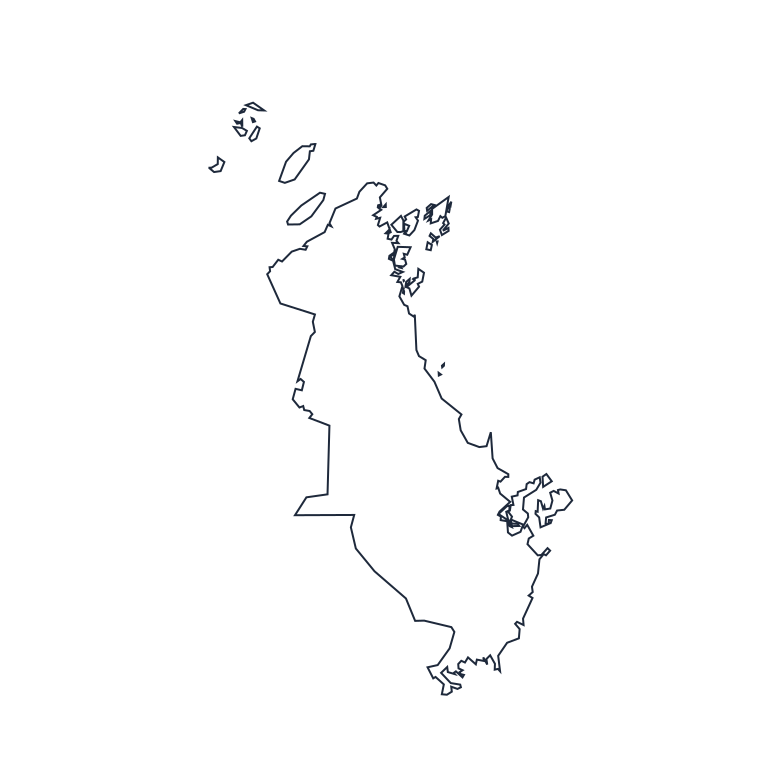 the district of Northern Samar, Northern Samar, Philippines, rotated 67°
{"feature_id": "2640588B89959078713723", "entity_name": "Northern Samar", "entity_type": "district", "adm_level": 2, "iso_a3": "PHL", "parent_name": "Philippines", "parent_adm1": "Northern Samar", "projection": "albers", "projection_center": [124.669, 12.418], "detail": "fine", "context": "isolated", "style": "outline", "palette": "slate", "viewbox_px": 768, "rotation_deg": 67, "n_neighbors": 0, "source": "geoboundaries", "source_scale": "gbopen_adm2", "svg_char_len": 6176}
<svg xmlns="http://www.w3.org/2000/svg" viewBox="0 0 768 768"><g transform="rotate(67 384 384)"><path d="M683.9,446.3L692.2,452.0L694.6,447.5L693.7,441.8L688.9,440.4L693.4,435.5L693.2,431.7L690.5,431.3L685.4,439.4L672.2,444.3L669.2,436.4L674.1,437.8L678.8,432.1L677.2,432.6L676.6,430.1L684.7,426.4L683.0,424.1L681.0,426.8L678.8,427.0L678.2,423.5L674.9,426.5L670.8,425.1L669.0,421.0L672.0,418.3L668.5,413.5L677.9,409.0L674.0,406.2L678.0,400.2L674.4,399.4L682.6,398.6L677.2,397.2L675.2,392.3L684.9,391.2L690.2,393.7L690.8,390.4L693.8,389.4L678.8,385.1L670.3,371.8L670.8,359.2L662.6,354.9L656.0,357.0L654.9,354.5L660.4,349.7L654.3,347.7L639.0,330.9L635.3,333.5L633.6,328.4L628.4,327.0L618.6,316.3L606.1,309.4L603.4,304.3L601.8,309.4L587.5,314.5L582.8,311.1L582.0,305.8L569.6,307.2L571.6,311.0L568.9,311.9L573.4,316.1L573.6,325.4L569.1,327.9L560.1,324.8L564.0,323.8L565.5,322.4L564.0,322.5L558.3,324.5L554.9,329.8L551.7,328.2L549.0,330.3L546.6,327.5L541.8,313.9L530.2,319.9L524.1,319.4L524.3,320.6L524.2,321.2L517.7,316.7L519.4,314.9L516.7,308.9L518.1,305.9L515.6,304.8L505.8,312.3L494.9,313.1L470.1,304.5L481.3,313.9L479.3,320.9L470.9,329.9L456.6,331.5L445.5,328.8L442.3,324.6L419.9,336.6L401.6,336.7L385.6,340.7L378.4,336.3L372.0,340.9L365.4,340.9L332.3,328.6L333.7,330.2L328.9,333.4L321.6,332.0L319.0,334.5L309.3,335.6L301.1,328.8L297.0,328.7L295.3,331.8L291.7,327.1L286.7,334.8L284.7,330.6L288.3,327.9L288.2,322.9L282.7,328.8L274.1,327.5L270.7,330.6L268.1,328.9L266.9,323.3L264.2,321.4L257.2,321.4L260.0,315.7L257.1,316.6L253.2,313.0L251.6,316.9L254.0,320.7L251.7,323.9L247.4,321.1L245.9,323.6L244.0,318.9L247.0,320.8L246.9,318.5L236.5,317.9L237.3,326.6L235.3,327.5L229.5,322.6L228.8,326.7L227.4,325.3L224.4,328.0L222.6,318.5L219.0,320.7L217.2,319.6L217.4,317.7L219.8,318.8L218.8,316.6L210.6,314.9L205.6,304.7L201.6,305.3L196.8,310.6L198.3,313.5L194.5,314.9L192.7,321.1L197.4,331.5L202.7,336.5L203.5,360.1L214.7,371.4L218.3,370.9L215.5,373.5L221.0,379.3L222.9,399.4L225.5,404.2L227.3,400.8L229.8,403.7L226.7,408.6L226.1,417.2L231.4,430.0L228.3,432.8L232.8,440.8L231.8,443.7L235.7,444.8L237.3,448.6L269.4,447.9L293.0,420.4L298.9,425.2L309.1,427.3L311.3,432.6L347.7,462.6L346.8,458.8L350.8,456.9L357.7,462.1L353.9,467.3L362.4,474.0L372.6,471.0L372.7,467.0L376.8,467.6L379.8,463.0L383.8,461.8L386.1,466.0L401.0,450.5L463.5,479.1L458.0,499.7L470.0,517.2L492.9,462.6L503.0,470.5L524.4,474.2L552.7,465.9L590.0,447.6L614.2,447.9L617.5,439.5L634.1,417.0L639.7,416.1L653.0,426.9L663.7,444.4L661.8,454.6L674.2,453.7L673.8,451.0L683.9,446.3ZM141.7,357.9L136.3,353.4L136.1,353.8L134.9,357.7L136.2,359.5L133.2,366.3L136.0,377.0L141.1,387.3L156.1,401.2L160.1,396.7L160.8,386.3L147.9,365.3L140.8,361.3L141.7,357.9ZM564.7,256.3L552.9,258.1L549.9,263.0L549.6,265.3L553.0,266.1L548.7,269.6L549.0,273.5L557.1,274.5L563.6,279.6L562.3,284.8L558.9,284.0L561.0,286.3L553.2,285.4L551.2,287.5L561.6,292.5L560.3,294.0L562.7,295.3L567.4,293.3L577.1,295.9L577.1,287.9L575.4,289.7L570.2,286.9L571.1,277.8L568.1,274.1L570.2,267.2L564.7,256.3ZM537.6,310.4L545.9,312.1L545.0,314.7L549.7,317.6L549.8,319.7L556.1,318.0L558.3,320.2L568.4,310.2L563.0,303.3L559.4,302.2L553.8,305.1L543.2,299.5L540.9,285.2L536.0,278.5L530.7,277.1L530.9,282.7L533.9,285.1L531.2,288.4L531.9,291.8L536.2,294.3L535.7,303.0L538.7,304.6L537.6,310.4ZM185.9,364.0L182.9,368.2L187.4,390.4L192.7,403.9L196.6,409.7L199.7,410.0L204.1,399.2L201.3,385.4L191.0,368.0L185.9,364.0ZM237.1,251.4L241.6,271.3L246.8,273.5L250.9,279.3L250.8,276.3L254.4,278.2L255.0,270.6L251.5,266.5L253.8,265.4L253.5,262.0L237.1,251.4ZM238.3,284.1L236.0,285.9L237.9,299.5L241.1,299.3L242.2,302.2L244.4,303.6L246.4,303.6L244.7,302.5L248.2,299.0L252.3,303.3L251.2,304.7L253.5,304.9L252.8,305.9L253.5,306.8L257.2,302.6L254.2,295.9L246.9,288.9L242.9,289.7L243.5,287.6L238.3,284.1ZM279.2,327.7L283.5,320.2L282.2,316.6L277.7,316.0L276.0,318.2L275.6,315.5L271.9,314.9L274.1,312.1L268.5,306.1L263.1,317.8L273.2,326.2L279.2,327.7ZM297.2,303.7L291.4,307.4L299.0,311.3L298.5,315.7L298.7,316.2L300.2,315.0L300.6,315.2L303.6,325.5L305.9,323.3L313.4,324.2L308.1,313.7L305.0,313.8L304.7,308.8L297.2,303.7ZM250.9,306.5L241.1,302.3L235.9,302.7L240.3,315.0L249.3,312.3L250.6,309.4L250.9,306.5ZM117.3,444.2L110.5,448.4L116.6,451.1L117.5,458.2L116.7,460.2L117.1,460.4L122.5,457.6L124.2,451.2L117.3,444.2ZM261.6,261.7L255.1,261.8L259.0,266.7L260.9,266.0L263.8,272.2L269.5,272.5L268.3,264.7L265.5,263.7L265.9,269.0L265.4,269.1L261.6,261.7ZM539.1,267.6L530.3,269.7L531.3,274.3L540.9,277.7L539.1,267.6ZM545.2,316.0L544.5,318.6L548.4,329.4L558.3,322.9L549.4,321.4L549.3,318.0L545.2,316.0ZM85.4,387.4L73.9,394.6L73.4,402.1L82.8,393.0L85.4,387.4ZM97.4,411.3L92.9,414.6L88.8,421.7L99.6,419.0L100.7,414.8L97.4,411.3ZM100.1,398.5L97.4,400.4L105.2,412.0L108.7,411.2L108.1,405.6L100.1,398.5ZM269.7,275.0L269.4,279.2L263.6,282.0L265.5,284.2L269.8,281.9L272.2,283.6L269.7,275.0ZM602.3,296.2L599.0,297.6L602.1,304.3L605.0,301.8L602.3,296.2ZM270.6,288.4L276.5,292.4L279.1,288.7L274.7,285.6L270.6,288.4ZM246.7,275.6L242.8,273.3L245.0,280.7L247.8,282.3L246.7,275.6ZM238.8,267.8L236.8,270.4L238.6,275.9L241.4,276.6L238.8,267.8ZM91.8,413.9L85.6,411.4L87.0,414.0L83.9,418.1L87.0,417.5L87.7,413.9L91.8,413.9ZM76.8,404.1L75.8,406.1L78.2,411.8L78.7,406.4L76.8,404.1ZM268.7,323.8L268.9,328.3L273.3,327.5L271.9,325.6L268.7,323.8ZM297.3,319.3L298.7,323.7L302.5,326.0L300.0,320.7L297.3,319.3ZM567.5,315.0L565.0,315.6L561.8,322.0L565.0,321.4L567.5,315.0ZM574.9,282.8L573.6,285.3L576.6,286.9L577.2,285.0L574.9,282.8ZM248.5,255.1L246.6,257.1L249.7,258.7L251.2,256.9L248.5,255.1ZM91.9,400.1L89.0,400.4L87.5,401.9L91.7,402.3L91.9,400.1ZM221.8,313.2L219.3,312.2L220.9,315.5L221.8,313.2ZM388.9,320.9L389.8,323.5L391.4,323.9L390.6,321.7L388.9,320.9ZM397.6,330.2L397.5,327.9L395.1,329.3L397.6,330.2ZM242.5,250.8L245.4,255.4L246.2,255.2L246.9,253.7L242.5,250.8ZM304.8,329.2L307.5,331.0L308.6,330.3L306.6,329.3L304.8,329.2ZM560.5,320.8L558.7,320.6L559.0,322.5L560.5,320.8ZM284.1,322.5L282.4,322.6L282.8,324.2L284.1,322.5ZM275.0,280.0L273.7,279.0L273.4,279.8L275.0,280.0ZM296.8,325.3L295.1,325.3L296.9,325.6L296.8,325.3ZM250.5,305.6L248.5,304.4L248.0,304.9L250.5,305.6Z" fill="none" stroke="#1e293b" stroke-width="2"/></g></svg>